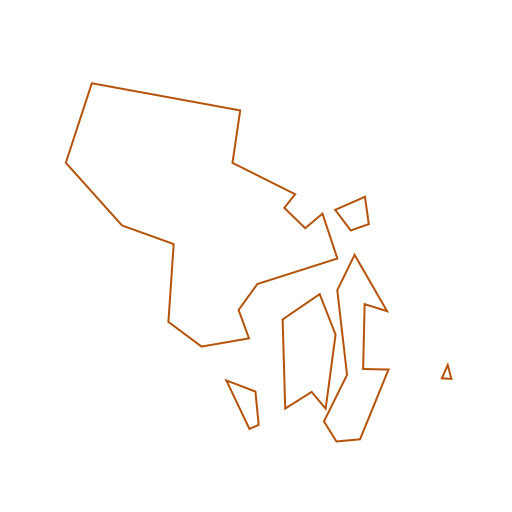 the border of Sulawesi Tenggara, rotated 350°
{"feature_id": "IDN-556", "entity_name": "Sulawesi Tenggara", "entity_type": "Province", "adm_level": 1, "iso_a3": "IDN", "parent_name": "Indonesia", "parent_adm1": "", "projection": "robinson", "projection_center": [122.493, -4.447], "detail": "coarse", "context": "isolated", "style": "outline", "palette": "amber", "viewbox_px": 512, "rotation_deg": 350, "n_neighbors": 0, "source": "natural_earth", "source_scale": "10m", "svg_char_len": 757}
<svg xmlns="http://www.w3.org/2000/svg" viewBox="0 0 512 512"><g transform="rotate(350 256 256)"><path d="M265.7,109.9L249.0,160.2L305.3,202.0L292.2,213.5L309.3,237.2L328.8,225.8L335.7,272.6L252.5,283.8L229.5,306.1L234.8,335.9L186.6,335.7L158.3,305.7L177.0,230.0L129.4,202.7L84.9,131.2L124.3,57.4L265.7,109.9ZM366.8,390.8L326.6,454.6L303.0,452.6L294.2,430.7L325.0,388.9L330.1,303.8L353.3,272.0L375.5,333.1L354.6,322.3L341.9,385.9L366.8,390.8ZM320.7,347.2L298.1,418.4L287.2,399.5L258.3,411.3L271.2,323.1L312.1,304.6L320.7,347.2ZM231.9,389.4L229.3,422.8L219.5,425.1L205.2,373.4L231.9,389.4ZM373.6,216.6L372.6,244.2L353.7,247.3L342.0,224.3L373.6,216.6ZM417.8,408.7L425.9,396.7L427.1,410.9L417.8,408.7Z" fill="none" stroke="#b45309" stroke-width="2"/></g></svg>